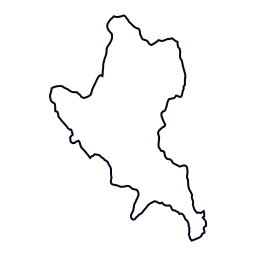 Serranópolis de Minas, Minas Gerais, Brazil (Natural Earth projection)
{"feature_id": "56859067B28805372666394", "entity_name": "Serranópolis de Minas", "entity_type": "district", "adm_level": 2, "iso_a3": "BRA", "parent_name": "Brazil", "parent_adm1": "Minas Gerais", "projection": "natural_earth1", "projection_center": [-42.853, -15.87], "detail": "fine", "context": "isolated", "style": "outline", "palette": "ink", "viewbox_px": 256, "rotation_deg": 0, "n_neighbors": 0, "source": "geoboundaries", "source_scale": "gbopen_adm2", "svg_char_len": 3988}
<svg xmlns="http://www.w3.org/2000/svg" viewBox="0 0 256 256"><path d="M51.7,88.2L51.3,91.0L50.4,93.8L49.9,96.5L50.4,98.3L50.7,100.1L52.0,102.0L54.5,103.4L55.1,105.2L55.2,107.3L55.2,109.2L55.4,111.2L57.3,111.7L58.2,114.1L58.4,116.5L60.2,118.7L61.9,121.0L63.2,122.4L64.5,123.9L66.2,125.8L67.8,128.0L69.2,129.3L71.2,129.7L72.1,132.4L72.8,134.7L71.5,135.7L70.1,137.4L70.4,139.9L70.7,141.7L72.5,143.2L74.5,142.9L76.4,141.6L78.5,140.7L79.7,142.5L80.2,144.6L81.0,146.7L81.9,148.3L83.2,149.4L84.7,151.0L86.4,153.1L88.0,155.0L89.1,156.6L90.1,158.0L91.4,156.5L93.3,155.8L94.6,154.3L97.2,154.7L99.5,155.3L101.3,157.1L103.5,158.5L104.5,159.9L106.3,160.8L107.8,162.2L108.7,164.4L110.1,166.4L111.0,169.0L111.0,171.5L111.0,174.4L111.5,177.4L111.0,180.1L110.8,182.2L111.5,183.8L113.4,184.7L115.2,185.0L116.7,185.3L118.4,185.9L120.6,186.8L124.6,186.6L126.6,185.9L128.4,186.0L129.9,186.6L131.1,187.8L132.3,188.8L134.3,189.3L136.7,189.8L138.2,192.0L138.6,194.8L137.6,197.5L136.5,199.6L135.6,201.9L134.3,204.2L133.7,207.8L133.2,210.8L131.7,213.5L131.0,215.5L131.1,217.5L132.0,219.0L133.5,219.7L135.0,219.0L136.2,217.3L137.5,216.4L138.8,214.8L140.4,214.0L142.0,212.8L143.2,211.2L144.6,209.5L145.9,208.0L147.0,206.5L148.7,204.6L150.5,203.3L152.2,202.4L154.5,201.2L156.8,201.8L158.3,202.8L160.0,203.4L161.9,202.6L163.3,204.2L165.6,205.5L167.8,205.5L169.6,205.4L171.1,206.8L171.8,209.1L173.0,210.3L174.8,210.4L176.4,211.4L178.3,212.3L179.4,214.0L181.1,213.5L182.9,214.5L184.3,216.7L185.5,219.4L187.4,221.0L188.5,223.6L188.7,226.1L189.4,228.0L189.2,229.9L189.4,231.8L188.9,234.4L189.7,237.1L190.4,239.0L191.7,240.6L193.9,239.8L195.7,239.0L197.4,238.4L199.5,237.5L201.2,236.0L202.3,233.8L204.4,232.7L204.3,230.4L203.6,228.7L204.2,227.1L206.0,225.9L206.1,223.4L205.6,221.2L204.3,219.3L202.8,217.5L204.2,216.4L204.2,213.4L203.7,211.1L202.2,212.1L200.9,213.0L198.9,212.6L197.2,212.9L195.5,211.1L194.2,209.1L193.6,207.2L192.9,204.6L193.2,201.7L192.4,199.4L191.7,197.4L192.1,194.8L190.9,192.4L189.9,190.6L189.1,189.1L188.4,186.5L188.1,183.1L188.0,180.0L187.0,177.7L187.1,175.5L187.5,173.1L187.4,170.4L187.2,168.1L186.3,166.1L184.0,165.3L182.0,165.9L179.8,166.6L177.1,165.2L174.8,164.0L172.8,162.9L171.6,160.6L170.2,159.4L168.2,159.1L166.7,158.6L165.2,156.5L164.5,153.8L164.3,152.1L162.9,151.0L161.0,150.8L159.9,148.9L158.7,147.1L158.5,144.7L158.8,141.3L159.1,138.6L159.1,136.6L158.4,134.7L158.0,132.9L158.7,131.1L159.9,129.6L161.2,128.5L162.5,127.3L164.7,126.2L165.2,124.3L164.3,122.9L163.2,120.5L162.3,118.3L161.6,116.5L161.4,114.7L161.6,112.9L162.8,111.6L165.1,110.5L166.0,108.1L166.6,106.0L167.3,103.3L167.8,101.1L169.3,99.0L171.3,98.6L173.2,98.4L175.0,97.3L176.2,95.5L178.0,96.1L179.5,97.0L181.2,96.6L182.1,94.5L182.7,91.3L183.6,89.2L183.5,86.7L184.8,85.1L184.9,82.7L184.9,79.5L185.3,77.5L185.3,74.7L184.4,71.4L183.6,68.6L182.8,65.6L182.3,62.7L181.6,60.1L180.3,58.3L180.0,56.2L180.1,53.6L180.2,51.4L179.8,49.1L178.1,47.0L177.6,44.5L177.5,41.8L175.9,41.2L174.0,39.8L172.1,38.3L170.4,38.8L167.5,39.1L165.2,40.0L162.9,40.9L160.7,40.8L158.6,40.1L157.2,41.4L155.8,42.4L153.9,43.6L151.4,45.1L149.4,44.0L148.4,42.6L147.4,41.1L145.9,40.3L144.4,39.8L142.8,39.3L141.7,38.0L141.2,36.3L140.0,34.1L139.9,31.4L138.9,28.9L136.3,28.0L134.2,26.9L132.4,25.1L130.7,23.3L129.2,22.1L128.1,20.2L126.4,17.9L125.1,16.1L123.5,15.4L121.6,16.3L120.1,16.5L118.1,17.1L115.7,16.9L113.8,16.3L112.3,17.9L110.6,19.4L109.2,21.2L107.8,23.4L107.2,25.6L107.4,27.6L108.3,29.9L110.0,31.9L111.9,34.1L112.1,37.8L111.2,40.5L110.2,42.7L108.9,44.6L107.8,46.2L106.7,48.4L106.6,50.2L106.5,52.6L105.9,55.4L104.8,58.1L104.2,60.4L103.3,63.8L103.2,65.8L103.2,67.6L102.9,69.7L102.7,71.7L102.7,73.7L102.4,76.1L100.7,75.2L99.0,76.0L97.9,77.7L96.8,79.8L95.9,81.9L95.1,83.5L94.3,85.1L93.4,87.0L92.3,89.3L91.7,91.6L90.8,94.6L88.4,96.5L85.9,97.4L83.8,98.0L81.5,97.0L80.1,95.0L78.3,93.6L76.9,92.3L75.1,92.2L72.4,92.1L69.9,90.9L67.6,89.1L65.5,88.3L63.8,87.4L62.3,86.3L60.5,86.0L58.6,86.1L56.8,86.3L54.1,87.0L51.7,88.2Z" fill="none" stroke="#020617" stroke-width="2"/></svg>